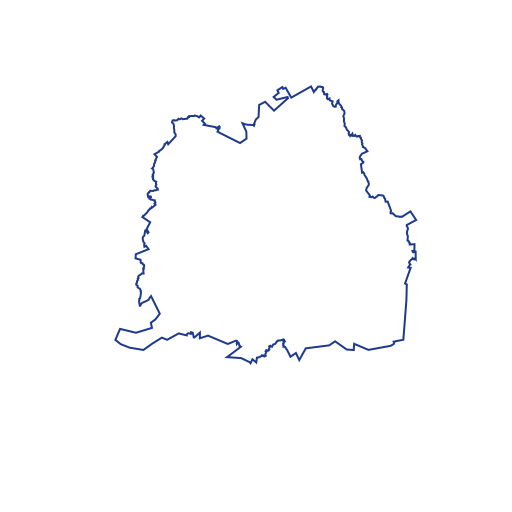 Guerrero, Chihuahua, Mexico, rotated 231°
{"feature_id": "50627088B70809052051405", "entity_name": "Guerrero", "entity_type": "district", "adm_level": 2, "iso_a3": "MEX", "parent_name": "Mexico", "parent_adm1": "Chihuahua", "projection": "natural_earth1", "projection_center": [-107.504, 28.455], "detail": "fine", "context": "isolated", "style": "outline", "palette": "blue", "viewbox_px": 512, "rotation_deg": 231, "n_neighbors": 0, "source": "geoboundaries", "source_scale": "gbopen_adm2", "svg_char_len": 6163}
<svg xmlns="http://www.w3.org/2000/svg" viewBox="0 0 512 512"><g transform="rotate(231 256 256)"><path d="M294.4,136.6L290.5,134.4L290.2,134.9L291.1,136.7L291.2,138.2L289.9,142.9L289.6,145.3L290.3,146.6L290.9,149.2L271.7,144.9L270.0,137.9L270.3,132.3L265.6,129.9L271.9,114.4L284.9,104.5L279.3,93.9L272.6,95.4L264.3,100.1L253.8,109.4L253.2,120.1L251.8,131.5L246.8,134.2L244.5,147.2L237.9,152.2L238.7,152.9L238.6,154.8L236.5,156.4L237.7,157.5L236.1,158.6L232.0,156.4L231.4,156.8L231.8,164.2L227.4,160.6L224.3,168.6L205.4,178.7L202.8,187.2L202.1,187.7L200.3,187.7L200.9,187.1L200.5,187.0L200.2,186.0L199.8,185.8L200.0,186.3L199.0,187.6L198.6,187.2L196.6,187.0L196.5,186.6L195.0,187.1L195.6,169.9L186.0,180.2L177.4,184.3L176.1,184.3L178.0,188.2L173.1,189.2L176.4,192.7L175.5,194.3L174.8,197.0L175.0,197.5L174.7,197.5L174.4,198.3L174.6,198.6L174.3,199.0L173.7,198.8L172.8,199.1L172.6,199.3L173.0,199.7L172.4,200.8L173.8,201.3L174.9,203.6L175.9,203.5L176.4,204.6L175.7,205.3L174.9,205.6L174.7,206.2L175.1,207.1L174.2,207.6L175.6,207.5L176.3,208.8L177.5,209.4L177.3,210.6L176.5,210.6L175.4,211.3L176.4,213.6L175.7,215.3L176.0,217.5L176.6,218.3L176.3,219.3L176.5,219.8L174.8,222.2L173.9,224.9L173.0,225.1L172.2,224.7L172.4,224.2L172.0,224.3L172.1,224.0L171.4,224.2L171.5,223.3L170.9,222.1L170.5,222.2L170.2,221.5L169.7,221.4L169.3,220.8L168.5,220.9L168.2,220.3L167.1,221.4L162.8,220.9L156.0,219.4L155.5,226.0L147.9,224.1L152.9,236.6L140.5,256.6L139.9,263.8L126.3,267.6L121.4,272.8L126.0,277.0L112.3,284.3L101.5,304.0L100.9,307.5L101.6,308.8L102.8,309.1L98.2,317.8L126.7,344.8L139.0,355.3L140.8,354.5L149.5,368.7L151.3,367.0L152.3,369.9L152.2,370.6L154.5,370.8L155.2,371.9L155.7,376.4L154.5,376.2L153.8,376.9L154.2,377.6L153.9,378.1L153.0,378.1L159.7,383.4L159.3,382.5L159.7,382.2L159.6,380.9L160.0,380.5L160.6,380.6L160.2,380.9L160.4,381.3L161.2,381.2L160.6,382.5L165.4,386.6L168.1,382.8L168.8,383.6L169.2,383.2L170.5,383.8L171.1,383.6L171.6,384.0L172.7,383.5L175.7,386.4L178.6,387.4L180.5,389.5L181.2,390.9L182.6,391.8L184.4,392.0L185.2,392.6L183.2,403.1L193.5,404.1L194.6,394.0L195.3,393.7L195.8,392.4L196.9,391.8L198.9,389.7L203.3,389.1L203.5,388.4L204.5,387.5L205.7,388.4L205.9,389.2L206.3,389.5L215.4,392.6L216.6,390.9L219.6,392.4L220.4,392.2L222.3,393.0L223.3,392.6L226.4,389.4L226.2,388.1L226.3,384.8L227.4,384.1L228.8,384.1L229.2,382.4L230.6,381.4L231.4,382.6L237.6,382.8L239.2,384.7L240.1,388.0L241.1,389.2L243.0,389.8L243.2,390.2L244.0,390.0L246.9,391.0L250.5,391.3L252.6,392.1L253.8,392.0L254.0,390.9L261.3,395.3L261.0,398.2L261.6,398.7L263.0,398.3L265.0,398.9L265.6,397.8L266.9,398.3L267.9,399.5L268.8,402.6L267.3,408.5L271.4,408.7L273.3,407.7L273.6,408.1L275.9,408.6L276.6,409.6L277.3,409.5L278.9,410.6L279.2,411.2L280.7,411.2L282.0,412.0L282.5,411.6L283.3,411.7L284.0,412.3L284.8,411.1L284.8,410.3L285.3,410.1L285.4,409.5L286.0,409.2L287.6,409.3L287.4,408.0L288.6,406.6L289.4,406.6L289.6,407.6L290.3,407.9L290.1,407.2L290.6,406.0L290.0,405.7L290.5,405.4L290.2,404.7L291.2,404.9L291.5,404.5L292.9,405.0L293.4,405.9L294.2,406.4L297.3,406.1L298.8,406.8L300.0,406.8L301.3,406.5L303.1,408.4L305.1,408.9L307.4,410.9L309.8,411.9L311.1,414.6L313.0,415.8L315.4,415.6L315.8,415.3L317.1,416.2L317.7,416.0L317.7,416.3L319.3,416.6L322.6,416.4L325.1,418.1L325.1,416.7L323.9,415.6L323.0,413.0L321.9,411.9L322.6,410.9L323.7,410.4L326.6,411.0L328.0,412.9L330.5,411.3L332.2,412.3L332.6,410.6L333.8,410.3L335.3,411.8L336.0,411.8L336.5,413.1L337.3,413.2L338.2,411.2L338.9,410.8L340.6,412.0L341.8,411.5L343.0,412.2L343.7,413.4L344.7,414.2L345.8,413.8L346.3,412.9L346.9,412.9L347.6,412.2L348.0,411.2L348.6,410.6L348.1,409.0L348.3,408.6L348.8,408.6L347.7,408.1L347.4,406.2L347.7,406.1L347.7,405.7L347.1,404.1L353.1,405.5L356.9,383.1L368.1,384.9L368.8,382.3L370.7,382.8L371.3,376.9L368.5,376.3L368.5,369.8L364.5,370.3L359.7,380.6L358.5,380.1L357.6,361.5L370.1,360.1L371.4,353.5L362.4,345.4L362.2,341.9L360.0,337.7L359.3,337.8L358.5,336.4L359.5,336.3L364.1,331.2L367.7,329.0L358.8,326.8L353.2,322.5L353.8,314.7L376.8,304.3L379.1,309.0L380.0,309.0L380.1,307.8L379.8,306.8L379.2,306.6L378.8,306.8L379.1,306.1L380.1,305.5L381.3,305.9L390.8,297.9L391.0,299.6L395.0,299.2L395.4,302.2L400.0,301.4L399.4,299.2L399.8,298.8L401.0,298.7L403.7,296.8L403.6,296.3L406.8,292.0L406.1,291.5L406.8,290.4L405.9,289.2L408.3,285.3L410.0,284.5L410.2,282.8L410.7,282.2L411.4,282.1L411.2,279.9L412.5,278.0L413.2,277.8L413.8,276.6L412.8,274.8L410.8,275.1L408.3,273.9L407.0,272.6L405.6,272.0L403.4,270.3L401.1,270.1L399.7,269.0L398.1,258.1L400.4,258.9L400.4,256.3L400.1,255.9L400.4,255.2L399.4,254.4L399.2,253.0L398.6,252.2L398.3,250.4L398.3,248.1L398.7,247.1L398.1,246.4L399.0,241.2L395.3,241.4L394.2,238.9L393.5,238.3L393.7,237.7L392.8,237.1L392.0,235.9L392.0,235.2L390.0,233.2L389.8,231.9L389.3,231.0L389.4,230.4L388.2,230.7L385.0,229.1L384.6,227.7L383.7,227.0L383.8,226.6L383.1,226.6L382.7,226.2L382.6,225.2L381.2,225.2L380.7,224.3L380.0,224.2L378.2,224.3L376.5,225.2L375.5,224.0L374.1,223.4L374.1,222.8L373.1,221.6L370.5,222.0L369.3,221.5L370.0,220.5L370.0,219.6L371.1,218.3L371.1,217.2L373.3,214.8L372.6,213.3L372.9,213.0L372.6,212.7L372.8,211.3L372.0,210.5L369.8,209.4L369.6,210.5L368.5,211.7L367.9,211.4L368.8,210.1L368.7,209.7L367.5,209.2L366.9,209.9L366.0,209.8L364.5,211.2L363.5,211.5L363.1,212.3L361.1,211.6L360.6,210.1L359.6,210.5L359.0,210.2L359.0,205.3L359.1,204.9L359.4,205.0L359.1,204.4L359.6,203.6L359.2,203.2L359.4,202.6L359.0,201.7L359.2,200.8L358.6,199.8L358.2,197.6L357.9,194.0L358.3,193.6L357.8,192.2L348.8,195.0L345.7,187.9L342.0,187.4L341.9,186.2L345.1,186.7L345.5,185.9L342.1,182.0L341.9,180.1L341.2,179.2L339.5,178.1L337.3,177.3L336.0,177.5L335.3,176.3L333.4,175.1L333.1,177.0L328.9,176.8L333.0,163.7L329.9,160.9L325.8,163.9L323.4,162.3L322.8,162.3L322.0,163.2L320.9,162.8L319.8,163.4L318.3,162.7L317.2,160.4L316.6,160.7L316.0,159.5L313.1,157.6L314.3,156.1L314.1,155.0L314.4,153.3L314.3,151.8L313.8,151.2L312.8,150.9L312.7,149.7L311.7,149.4L311.5,148.0L310.1,146.6L309.9,145.5L308.9,144.8L307.4,145.3L306.2,144.3L304.8,144.6L303.7,145.2L301.4,144.6L301.2,144.0L299.9,143.6L296.1,139.4L296.1,138.2L295.6,138.1L294.4,136.6Z" fill="none" stroke="#1e3a8a" stroke-width="2"/></g></svg>